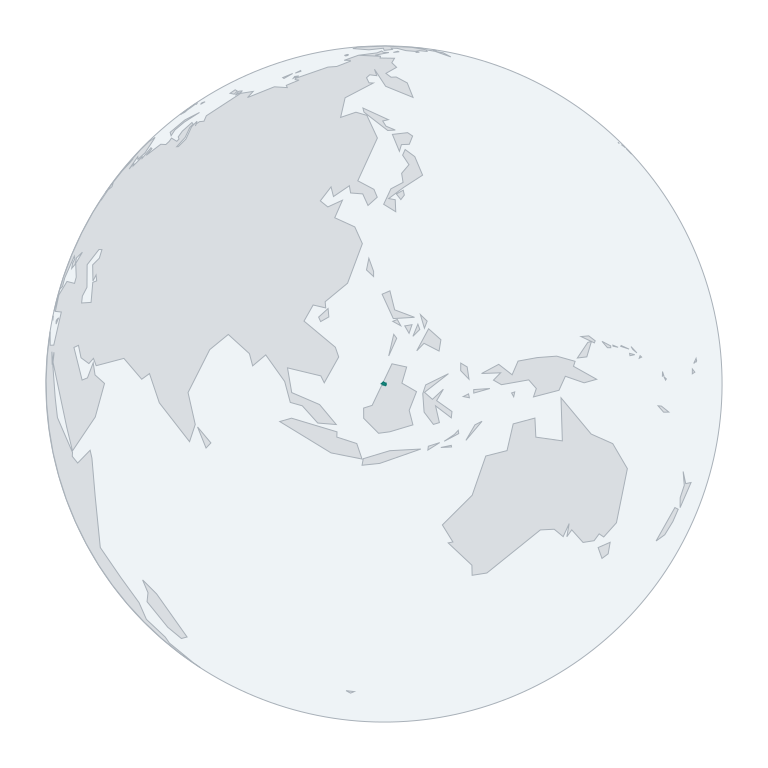 Belait highlighted on a globe, orthographic projection, rotated 336°
{"feature_id": "BRN-1181", "entity_name": "Belait", "entity_type": "District", "adm_level": 1, "iso_a3": "BRN", "parent_name": "Brunei", "parent_adm1": "", "projection": "orthographic", "projection_center": [114.479, 4.349], "detail": "fine", "context": "on_globe", "style": "filled", "palette": "teal", "viewbox_px": 768, "rotation_deg": 336, "n_neighbors": 0, "source": "natural_earth", "source_scale": "10m", "svg_char_len": 8475}
<svg xmlns="http://www.w3.org/2000/svg" viewBox="0 0 768 768"><g transform="rotate(336 384 384)"><circle cx="384" cy="384" r="338" fill="#eef3f6" stroke="#a8b0b8"/><path d="M679.5,487.5L679.1,489.9L678.8,490.2L679.5,487.5ZM548.0,88.6L556.9,93.8L545.8,87.4L572.7,105.4L578.1,112.4L565.1,100.1L558.4,95.8L558.6,97.7L551.8,93.8L547.9,92.9L539.7,88.4L532.7,82.8L527.3,80.1L527.8,81.8L519.9,79.3L520.0,77.0L506.2,72.6L492.0,64.9L496.6,65.4L522.8,75.9L548.0,88.6ZM703.7,274.8L701.0,267.4L702.5,271.2L703.7,274.8ZM699.4,263.6L700.3,266.0L699.6,264.1L699.4,263.6ZM698.9,262.8L699.3,263.4L699.1,263.5L698.9,262.8ZM698.5,262.6L698.6,262.4L698.7,262.7L698.5,262.6ZM696.8,260.1L696.3,259.2L696.1,258.2L696.8,260.1ZM565.7,99.7L564.8,98.7L568.1,101.2L565.7,99.7ZM548.8,93.6L551.3,95.3L548.2,94.2L548.8,93.6ZM533.0,86.7L527.4,84.9L531.9,85.6L533.0,86.7ZM523.3,83.2L509.8,80.0L514.1,83.2L494.4,73.3L512.4,78.7L517.3,78.8L518.3,80.7L523.3,83.2ZM485.7,68.9L481.4,67.7L484.6,68.0L485.7,68.9ZM100.3,200.3L94.8,212.8L98.1,214.2L118.5,187.0L113.3,184.0L123.2,170.4L136.1,161.4L142.2,166.2L146.3,161.2L151.4,148.5L162.1,140.9L154.3,143.7L150.6,149.0L145.7,151.4L148.7,146.9L152.4,144.0L153.1,141.2L135.6,157.1L129.9,164.2L126.2,165.6L116.5,178.0L112.2,183.3L119.2,174.1L134.7,155.9L151.5,138.8L169.4,123.0L188.4,108.4L188.1,108.7L191.4,106.5L202.2,99.4L200.1,101.2L210.9,94.4L215.7,93.1L219.0,89.4L231.8,82.7L241.8,78.5L246.6,76.1L230.3,83.1L223.3,86.8L216.3,90.7L207.8,95.6L232.0,82.2L257.2,70.8L267.9,66.9L275.2,65.6L259.8,75.6L250.6,78.7L251.5,76.2L238.6,84.0L245.4,80.6L243.7,82.7L255.4,78.2L254.8,79.5L267.2,73.4L267.7,74.6L259.8,78.4L277.6,74.2L282.1,76.5L286.5,75.0L289.9,72.9L293.4,78.0L296.4,76.8L296.5,74.6L302.6,71.0L314.9,67.0L315.4,69.0L311.0,70.6L302.7,77.8L291.1,82.9L292.6,83.5L302.8,79.6L312.9,70.7L320.1,67.9L316.6,71.6L318.4,70.0L322.2,69.3L326.4,70.7L330.8,66.7L371.3,60.2L383.5,63.5L375.8,66.8L404.7,67.9L416.2,73.9L416.2,71.4L430.0,71.8L426.6,69.8L427.7,68.8L461.7,71.7L470.0,74.7L484.7,75.4L484.7,74.5L479.3,72.1L494.4,73.3L514.1,83.2L513.0,84.6L526.1,90.7L521.8,93.7L524.3,99.8L512.1,101.0L515.2,106.6L520.0,108.5L527.7,118.4L527.1,134.0L506.6,112.7L503.3,92.6L502.8,99.4L496.7,95.7L492.6,97.1L492.8,102.8L496.7,104.7L464.9,106.7L452.8,122.8L468.9,124.3L477.6,131.6L478.0,156.6L442.7,187.7L454.0,202.1L453.8,210.6L442.0,214.4L441.9,201.7L431.2,195.9L433.0,188.8L414.1,192.2L415.8,182.4L400.3,190.8L404.7,199.4L420.8,199.2L406.6,212.1L421.2,228.6L421.3,247.0L391.7,277.1L363.7,284.9L361.7,290.8L351.4,283.0L336.5,294.0L354.5,330.6L353.6,340.9L329.9,358.6L329.6,350.9L302.4,330.0L296.2,354.3L316.8,376.6L323.9,401.6L307.6,392.7L300.5,370.7L290.9,362.7L294.3,341.3L287.8,309.3L271.4,314.0L273.4,301.5L261.9,275.4L238.8,281.7L201.5,312.1L195.1,344.2L182.9,357.6L171.1,309.8L174.0,279.1L164.6,281.1L156.8,254.8L128.5,250.2L129.0,242.4L122.7,245.3L117.9,236.8L120.6,224.4L115.6,224.5L109.8,257.6L115.6,257.8L127.0,246.3L123.7,258.2L128.9,269.8L106.8,296.7L72.2,318.4L76.6,294.4L90.5,229.5L94.4,222.9L94.8,222.1L95.4,220.7L88.7,231.4L93.7,219.4L78.0,262.9L72.0,281.9L71.6,319.8L69.8,323.3L72.0,331.6L88.6,325.0L87.0,333.0L74.4,369.3L58.3,418.0L64.9,453.9L71.3,484.1L71.2,502.4L81.2,526.2L82.6,533.5L89.4,546.9L96.1,560.4L100.9,568.5L88.3,547.6L77.3,525.9L67.9,503.5L60.1,480.5L54.0,456.9L49.6,433.0L47.0,408.8L46.1,384.5L46.9,360.2L49.5,336.0L53.8,312.1L59.9,288.5L67.6,265.4L76.9,243.0L87.9,221.2L100.3,200.3ZM140.7,187.0L149.6,190.3L159.3,172.7L163.5,172.9L165.3,167.3L160.0,171.5L166.3,156.7L175.1,153.3L181.0,146.5L178.3,145.2L161.3,154.3L152.0,174.8L144.2,181.0L140.7,187.0ZM307.5,55.2L311.5,54.2L313.3,53.8L325.1,51.4L326.1,51.5L319.4,53.0L307.5,55.2ZM113.7,191.2L108.8,195.9L110.1,193.1L111.5,192.0L113.7,191.2ZM109.6,187.1L107.3,191.3L108.2,189.0L109.6,187.1ZM310.6,54.9L315.4,53.8L312.9,54.6L310.6,54.9ZM327.5,51.6L325.7,52.3L327.6,51.3L327.5,51.6ZM224.6,648.7L231.7,652.9L227.7,652.8L224.6,648.7ZM90.9,483.3L101.2,535.0L95.4,534.1L87.5,518.2L79.0,486.5L83.5,478.7L83.8,464.8L90.9,483.3ZM410.1,465.1L420.5,467.4L420.1,469.0L410.1,465.1ZM399.2,458.9L411.1,460.2L397.2,462.2L399.2,458.9ZM415.7,460.8L427.8,458.7L433.0,456.5L432.1,459.7L415.7,460.8ZM391.2,458.4L347.8,454.8L330.9,449.3L334.7,443.8L362.2,447.3L391.2,458.4ZM333.4,443.6L307.6,425.4L273.5,375.9L285.6,377.6L321.6,408.6L319.3,413.3L334.9,427.3L333.4,443.6ZM396.3,418.3L393.8,433.1L369.8,430.0L359.0,426.8L351.5,407.1L355.6,397.7L364.5,398.7L399.5,368.8L411.6,377.7L400.7,390.5L410.6,404.2L396.3,418.3ZM196.2,347.4L201.9,367.4L195.4,370.1L196.2,347.4ZM414.2,347.4L399.7,360.3L413.1,342.6L414.2,347.4ZM422.4,330.5L423.0,337.6L417.5,330.3L422.4,330.5ZM360.9,300.3L351.5,301.2L351.5,296.3L363.6,292.3L360.9,300.3ZM421.3,263.0L420.3,276.9L418.2,281.6L414.4,272.7L421.3,263.0ZM325.9,60.9L308.2,63.5L296.2,66.9L290.5,70.6L291.0,67.1L309.5,61.8L325.9,60.9ZM365.6,59.7L370.6,57.5L373.5,58.5L372.8,59.2L365.6,59.7ZM365.0,58.3L361.6,55.8L367.7,54.7L369.2,56.8L365.0,58.3ZM335.4,53.4L330.1,53.9L332.2,53.0L335.4,53.4ZM599.5,615.2L601.8,618.1L592.0,627.1L579.2,635.9L568.7,638.1L599.5,615.2ZM512.2,632.0L513.1,620.5L526.2,620.6L519.7,630.3L512.2,632.0ZM608.3,608.4L617.1,598.7L621.7,585.6L619.1,597.7L624.4,598.9L604.2,617.4L608.3,608.4ZM467.5,580.9L401.1,598.5L386.7,594.6L390.6,585.3L378.0,555.3L382.7,556.3L380.0,536.5L419.3,521.5L447.7,491.2L469.3,494.9L485.8,473.0L508.0,476.5L501.1,494.3L523.8,508.5L540.1,468.6L552.9,514.0L568.7,531.5L571.9,560.3L539.9,605.3L522.5,613.1L519.6,608.4L512.2,612.6L501.4,609.7L496.2,593.6L488.9,597.9L496.4,586.8L485.6,596.3L480.4,585.9L467.5,580.9ZM625.5,515.4L628.4,517.0L632.8,525.5L628.0,523.5L625.5,515.4ZM671.8,495.7L672.8,499.6L669.8,500.1L671.8,495.7ZM678.8,490.2L675.3,491.2L679.5,487.5L678.8,490.2ZM642.7,491.2L644.0,494.2L642.8,495.0L642.7,491.2ZM641.5,490.1L643.5,485.9L643.0,490.3L641.5,490.1ZM627.6,464.3L629.5,462.3L630.3,464.2L627.6,464.3ZM435.9,468.8L450.5,458.3L458.4,457.9L435.9,468.8ZM625.0,459.2L620.2,458.2L620.8,455.9L625.0,459.2ZM625.4,453.7L624.9,450.3L627.7,458.5L625.4,453.7ZM616.3,445.3L622.1,451.8L615.6,445.9L616.3,445.3ZM612.8,445.7L608.6,442.6L608.9,441.6L612.8,445.7ZM564.3,444.9L580.2,466.2L567.3,464.3L552.8,450.7L541.3,460.9L515.3,456.6L521.3,450.1L517.9,439.1L491.0,432.4L485.6,425.0L495.1,421.2L477.4,414.1L496.8,412.7L504.8,427.7L515.8,417.6L534.7,422.2L553.1,428.8L567.8,441.0L564.3,444.9ZM496.9,444.1L500.2,444.4L497.3,448.4L496.9,444.1ZM600.5,433.7L606.6,441.4L605.9,443.1L602.9,441.7L600.5,433.7ZM571.2,438.9L587.1,428.9L590.8,429.5L580.3,441.7L571.2,438.9ZM583.3,420.8L590.6,423.3L594.5,430.4L592.9,432.0L583.3,420.8ZM457.2,427.4L456.4,431.3L451.3,427.7L457.2,427.4ZM463.7,425.6L478.9,431.2L462.3,428.8L463.7,425.6ZM417.6,408.1L422.0,417.7L436.1,412.9L425.3,420.6L434.9,436.8L431.7,442.3L422.2,424.9L418.9,441.8L412.7,441.0L409.2,426.0L415.5,408.6L421.7,401.8L447.1,400.8L417.6,408.1ZM463.6,414.2L459.5,403.0L462.6,396.1L466.9,402.2L463.6,414.2ZM447.7,376.3L437.1,363.1L427.4,367.0L447.2,351.7L454.0,366.7L447.7,376.3ZM438.9,348.7L429.8,352.2L439.3,343.1L438.9,348.7ZM427.5,347.9L426.6,339.4L433.7,341.2L427.5,347.9ZM443.6,349.5L445.5,335.4L449.0,344.1L443.6,349.5ZM423.9,320.6L439.0,335.5L419.1,328.0L418.8,301.2L427.3,301.3L423.9,320.6ZM474.4,222.4L472.6,215.4L480.4,214.8L479.4,219.7L474.4,222.4ZM504.2,208.9L481.9,212.4L463.7,216.5L469.2,220.2L464.8,231.4L456.8,219.7L469.7,208.5L483.4,207.6L485.8,198.7L496.0,193.8L494.1,182.5L498.7,178.4L504.6,188.8L504.2,208.9ZM492.7,177.7L493.2,159.4L507.8,164.0L511.0,169.1L504.6,175.3L497.3,172.4L492.7,177.7ZM497.6,156.6L490.5,153.9L476.3,127.5L477.0,123.3L495.5,144.3L489.8,143.2L490.7,149.3L497.6,156.6ZM482.6,68.8L481.5,67.8L485.0,69.2L482.6,68.8ZM425.5,67.8L427.5,66.7L431.5,67.9L425.5,67.8ZM435.3,64.5L429.4,63.9L435.4,63.7L435.3,64.5ZM416.1,62.9L426.9,63.2L416.9,64.2L416.1,62.9Z" fill="#d9dde1" stroke="#a8b0b8" stroke-width="1"/><path d="M383.3,384.6L383.0,384.5L382.8,384.5L382.8,384.4L382.9,384.2L382.9,383.9L382.8,383.6L382.7,383.4L382.6,383.2L382.4,383.1L382.2,383.0L382.0,382.8L381.9,382.7L381.6,382.7L381.2,382.5L382.7,382.6L383.1,382.5L383.5,382.2L384.1,382.0L384.2,382.3L384.3,382.4L384.4,382.5L384.5,382.5L384.7,382.8L384.7,383.0L384.9,383.1L385.0,383.2L385.1,383.4L385.3,383.5L385.5,383.8L385.5,384.0L385.8,384.3L385.8,384.5L386.0,384.4L386.0,384.5L385.9,384.6L385.8,384.8L385.8,385.0L385.7,385.2L385.7,385.3L385.2,385.8L384.9,386.0L384.6,385.9L384.6,385.7L384.4,385.5L384.0,385.2L383.9,385.1L383.7,384.6L383.3,384.6Z" fill="#14b8a6" stroke="#0f766e" stroke-width="1.5"/></g></svg>